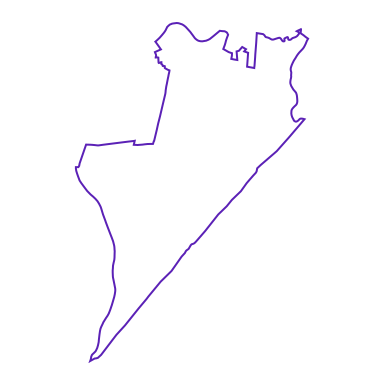 outline of Hai Hau, Nam Định, Vietnam
{"feature_id": "81297802B21970288414729", "entity_name": "Hai Hau", "entity_type": "district", "adm_level": 2, "iso_a3": "VNM", "parent_name": "Vietnam", "parent_adm1": "Nam Định", "projection": "albers", "projection_center": [106.28, 20.123], "detail": "fine", "context": "isolated", "style": "outline", "palette": "violet", "viewbox_px": 384, "rotation_deg": 0, "n_neighbors": 0, "source": "geoboundaries", "source_scale": "gbopen_adm2", "svg_char_len": 5287}
<svg xmlns="http://www.w3.org/2000/svg" viewBox="0 0 384 384"><path d="M308.1,38.7L305.7,37.0L303.5,35.2L301.0,33.5L300.7,33.0L300.7,32.3L300.9,30.5L301.0,29.8L301.0,29.4L300.9,29.2L299.9,29.7L297.5,30.8L296.8,31.2L297.8,31.7L298.5,32.0L298.8,32.3L298.9,32.7L299.0,33.1L299.0,33.6L298.8,34.0L298.0,35.0L297.3,35.9L296.5,36.5L295.5,37.1L294.0,37.6L292.6,38.1L292.0,38.5L291.3,39.2L290.7,39.6L290.2,39.8L289.4,39.9L288.8,39.8L288.4,39.5L288.2,39.0L288.1,38.1L287.9,37.5L287.7,37.2L287.3,37.1L286.3,37.5L285.8,37.8L285.0,38.2L284.6,38.4L284.4,38.6L284.4,39.3L284.5,40.4L284.6,40.7L284.5,41.0L284.3,41.2L283.9,41.4L283.0,41.3L282.4,40.9L281.6,39.8L281.1,39.0L280.5,38.3L280.1,38.1L279.7,37.8L279.1,37.8L278.2,38.0L276.3,38.6L273.9,39.4L273.0,39.6L272.5,39.6L271.7,39.5L270.7,39.0L269.2,38.1L268.7,37.9L267.9,37.6L266.7,37.3L265.9,37.1L265.6,36.9L265.3,36.6L264.4,35.2L263.7,34.6L263.0,34.1L256.8,33.1L256.2,43.0L255.3,54.4L255.1,57.8L254.5,65.9L254.2,67.9L254.2,68.0L247.1,66.7L248.1,52.8L244.2,51.4L246.0,49.2L242.2,47.0L238.9,50.8L236.6,51.4L237.3,60.0L234.2,59.5L231.8,59.0L231.3,58.9L231.9,55.8L232.0,53.2L228.7,52.1L223.3,49.0L224.8,45.0L225.4,43.0L225.9,41.0L226.0,40.6L226.8,38.2L227.2,37.1L228.1,34.8L227.1,32.8L226.7,32.4L225.9,31.9L224.7,31.3L223.9,31.2L223.1,31.2L221.0,31.0L220.4,30.9L219.8,30.8L217.4,32.8L213.8,35.8L212.7,36.7L209.8,39.0L208.3,39.8L206.1,40.7L202.4,41.3L201.8,41.3L200.2,41.2L198.6,40.8L197.9,40.5L197.6,40.3L196.9,39.9L196.0,39.2L195.0,38.3L194.6,37.8L192.5,34.9L191.8,34.0L190.5,32.2L189.2,30.7L188.9,30.4L187.1,28.4L185.6,26.8L183.7,25.3L182.2,24.4L179.5,23.5L178.5,23.2L176.8,23.0L176.0,23.1L173.6,23.4L172.4,23.6L171.9,23.7L171.6,23.9L170.5,24.3L169.8,24.6L169.0,25.3L168.7,25.5L168.2,26.0L167.7,26.5L167.4,26.8L167.1,27.1L166.9,27.5L166.8,27.9L166.3,28.8L165.7,30.1L164.9,31.4L163.8,32.9L161.8,35.3L159.7,37.7L157.3,40.0L155.4,41.7L155.5,41.8L155.7,42.0L156.3,42.9L157.1,44.0L159.1,46.8L160.4,48.7L160.9,49.4L157.1,51.1L154.9,52.1L155.1,52.7L155.9,54.4L156.1,55.5L156.1,55.9L156.0,56.2L155.9,56.6L155.8,56.8L155.7,57.1L155.7,57.3L155.7,57.5L156.0,57.5L156.7,57.4L157.2,57.4L157.6,57.4L158.0,57.5L158.3,57.6L158.4,59.5L158.5,61.9L158.6,62.7L158.7,62.9L158.8,63.0L160.2,62.6L160.7,62.3L161.1,62.2L161.4,62.2L161.4,62.3L161.4,63.0L161.3,63.9L161.4,64.1L161.5,64.2L161.6,64.3L161.9,64.4L162.2,64.5L162.4,64.7L162.6,65.5L162.7,65.9L162.8,66.0L163.1,66.0L163.4,66.0L163.8,66.0L164.6,66.1L164.8,66.2L164.8,66.5L164.8,67.2L164.7,67.7L164.8,67.9L164.8,68.0L165.0,68.2L165.7,68.6L167.9,69.8L169.5,70.4L169.5,70.6L169.3,71.7L169.0,73.2L168.8,73.9L168.4,76.0L168.3,76.6L168.0,77.9L167.5,80.4L167.0,83.0L166.9,83.6L166.5,85.4L166.3,86.3L166.1,87.6L165.9,88.9L165.6,91.0L165.6,91.7L165.5,92.5L165.3,93.9L163.1,103.1L160.0,116.4L158.2,123.4L156.7,130.2L154.1,141.0L153.8,141.2L153.0,143.9L147.7,144.0L144.8,144.3L142.6,144.6L137.6,145.0L133.8,144.8L134.7,140.8L133.6,141.0L128.3,141.6L115.5,143.2L106.7,144.3L105.2,144.5L102.8,144.8L98.6,145.4L97.5,145.4L94.9,145.1L91.8,144.8L89.3,144.7L86.1,144.6L79.6,163.5L79.5,164.2L79.3,165.1L79.2,165.8L78.4,167.1L75.9,167.1L75.9,168.7L76.2,170.4L76.2,170.7L77.1,173.6L78.0,176.2L79.6,180.5L81.3,183.1L84.7,187.7L87.2,191.0L90.5,194.4L93.2,196.7L95.4,198.8L97.5,201.2L99.0,203.6L100.4,206.3L100.7,207.0L101.2,208.4L103.0,214.4L105.3,220.6L105.8,222.1L107.7,227.2L110.4,234.2L111.7,237.5L113.1,241.3L114.2,245.7L114.4,247.2L114.6,250.5L114.7,250.8L114.6,253.9L114.5,257.7L114.3,259.9L113.6,262.8L113.0,265.8L112.9,268.2L112.7,270.3L112.7,272.3L112.8,274.9L112.9,276.8L113.0,277.5L113.7,280.9L114.4,284.4L115.2,288.5L115.3,290.1L115.2,291.5L114.8,294.2L114.2,297.0L112.6,302.5L111.9,304.9L110.4,309.3L109.3,312.2L108.9,313.1L108.9,313.3L107.5,315.8L106.0,318.0L103.4,322.2L102.6,324.0L101.3,326.7L100.5,328.7L100.0,331.0L99.5,334.4L98.9,339.6L98.8,340.6L98.7,342.0L98.0,345.3L97.2,348.0L96.2,350.1L95.5,351.4L93.7,353.2L92.5,354.3L91.9,355.0L91.2,356.8L90.8,359.3L90.2,361.0L94.7,358.5L95.9,358.4L97.8,357.9L101.1,354.9L112.9,339.4L116.5,334.7L125.0,325.4L138.8,308.2L146.6,298.9L148.4,296.5L160.7,281.6L171.5,271.0L177.2,262.9L181.6,256.6L184.9,253.0L185.8,251.2L186.5,250.4L188.6,248.9L189.6,247.2L190.7,245.3L191.6,244.3L193.2,243.8L194.4,243.2L195.9,241.7L204.5,231.8L205.1,231.1L218.3,214.4L226.7,206.3L231.9,199.9L240.9,191.2L246.7,183.1L249.7,179.6L253.2,175.6L255.8,172.8L256.6,171.4L257.2,168.3L260.7,165.0L276.7,151.2L288.7,137.7L304.5,119.2L303.5,118.9L302.5,118.7L301.6,118.6L300.9,118.6L300.3,118.7L299.8,119.0L299.4,119.3L298.4,120.4L297.6,121.0L296.9,121.4L296.3,121.6L295.6,121.6L294.9,121.3L294.4,121.0L293.8,120.4L293.7,119.9L293.0,118.7L292.2,117.1L291.6,115.3L291.3,113.3L291.4,112.2L291.4,111.7L291.5,110.5L291.9,109.5L292.4,108.7L293.4,107.5L294.7,106.2L295.9,105.1L296.5,104.4L297.1,102.9L297.3,101.6L297.3,100.4L297.2,98.7L297.0,96.6L296.8,95.1L296.5,94.1L296.3,93.4L295.9,92.5L295.1,91.6L294.9,91.3L293.4,89.6L291.6,86.6L291.2,85.9L290.4,83.6L290.3,82.3L290.4,81.1L290.6,79.6L291.0,78.1L291.2,76.6L291.1,75.4L291.2,74.0L291.3,72.7L291.2,71.9L290.9,70.9L290.7,69.8L290.7,68.8L290.9,67.6L291.6,65.4L291.9,64.7L292.7,62.9L293.9,60.5L295.4,58.2L296.7,56.0L297.7,54.5L299.2,52.6L302.8,48.8L303.0,48.5L303.7,47.6L304.6,46.0L305.6,44.0L306.9,40.8L308.1,38.7Z" fill="none" stroke="#5b21b6" stroke-width="2"/></svg>